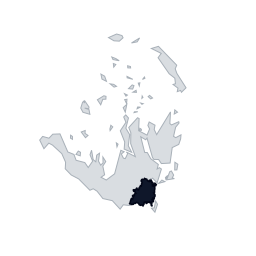 location of Ipeiroy, Ipeiros, Greece, rotated 230°
{"feature_id": "26713481B784345685192", "entity_name": "Ipeiroy", "entity_type": "district", "adm_level": 2, "iso_a3": "GRC", "parent_name": "Greece", "parent_adm1": "Ipeiros", "projection": "robinson", "projection_center": [20.637, 39.661], "detail": "fine", "context": "in_parent", "style": "filled", "palette": "ink", "viewbox_px": 256, "rotation_deg": 230, "n_neighbors": 0, "source": "geoboundaries", "source_scale": "gbopen_adm2", "svg_char_len": 8123}
<svg xmlns="http://www.w3.org/2000/svg" viewBox="0 0 256 256"><g transform="rotate(230 128 128)"><path d="M166.2,50.3L175.5,52.6L176.4,57.2L171.0,60.9L171.6,66.4L167.2,72.1L148.3,66.5L142.5,69.6L136.6,67.5L129.3,72.7L123.3,72.1L125.3,79.6L131.9,81.7L134.4,85.8L126.2,81.0L122.8,81.6L127.3,86.6L127.0,90.0L121.6,84.1L117.1,83.2L117.3,86.5L121.9,90.1L116.6,89.4L115.0,84.2L107.2,80.0L107.6,75.7L102.1,77.9L101.5,88.3L115.5,108.2L112.3,109.8L112.4,106.2L107.9,105.1L106.3,106.2L107.2,108.3L108.7,111.5L110.7,111.3L101.3,115.2L114.3,120.0L122.5,127.1L127.9,128.9L129.7,141.9L128.1,142.6L119.1,134.4L110.3,138.0L113.4,143.9L117.2,144.9L119.0,148.1L112.8,150.5L110.0,147.1L104.5,145.7L113.0,170.9L104.5,162.9L102.4,163.3L100.2,170.9L99.0,170.3L98.0,165.0L92.3,157.5L89.9,158.4L88.7,164.2L85.8,161.3L82.8,156.3L84.6,149.3L74.1,137.7L79.3,130.7L84.2,131.2L87.3,127.6L89.7,127.8L108.1,136.1L107.6,134.0L113.1,132.1L98.6,125.1L96.7,127.0L89.9,125.7L80.6,127.8L77.9,124.0L77.4,126.6L75.1,127.2L67.3,115.1L73.8,114.6L73.9,111.5L67.5,112.0L58.5,104.7L52.8,95.9L57.5,96.6L60.0,93.7L58.7,89.6L65.2,86.5L68.0,79.0L72.2,75.0L70.9,69.8L82.4,69.3L90.1,63.4L99.5,63.7L103.8,62.3L104.8,58.8L120.7,57.5L128.5,54.3L137.1,53.7L141.9,58.2L150.9,60.8L163.4,59.2L167.3,57.6L166.2,50.3ZM126.4,191.9L132.4,190.5L131.4,192.8L136.1,195.9L143.1,194.4L162.5,196.2L163.8,201.4L173.9,197.0L171.0,203.8L144.8,205.7L143.0,202.2L138.3,200.5L121.5,198.3L121.0,191.9L123.0,192.4L124.2,189.1L126.4,191.9ZM114.3,111.5L119.4,116.5L130.8,120.3L133.7,130.1L139.2,131.8L139.5,134.7L135.4,134.8L129.2,126.2L121.8,125.0L114.2,116.8L107.0,115.2L114.3,111.5ZM173.6,104.6L176.9,109.7L177.0,111.5L175.2,110.5L176.4,112.3L169.1,111.6L168.0,110.3L171.1,107.6L167.3,110.0L163.0,107.6L169.0,103.6L173.6,104.6ZM202.7,182.8L200.3,182.2L200.1,177.2L203.8,173.3L209.8,171.2L207.3,179.7L202.7,182.8ZM168.2,130.2L166.4,131.5L164.3,129.6L166.2,127.1L163.3,122.0L169.3,122.7L168.2,130.2ZM63.4,124.3L67.7,131.9L67.2,133.6L62.6,132.7L61.3,129.8L59.4,131.0L63.4,124.3ZM54.3,102.2L50.6,101.6L46.2,94.5L51.4,94.4L49.9,96.8L54.3,102.2ZM155.0,89.6L153.6,93.6L151.5,91.6L148.0,92.6L147.9,89.2L155.0,89.6ZM182.2,139.5L186.7,141.9L182.7,143.4L177.6,141.5L182.2,139.5ZM142.3,75.1L139.9,76.0L137.4,73.5L141.2,71.2L142.3,75.1ZM65.8,136.8L71.6,141.9L68.2,142.9L64.5,138.5L65.8,136.8ZM158.3,158.9L156.6,159.8L154.8,156.6L157.8,153.7L158.3,158.9ZM146.7,137.4L146.9,142.3L141.9,136.1L146.7,137.4ZM190.9,185.3L189.5,194.8L188.1,190.4L190.9,185.3ZM66.3,120.5L63.2,121.8L65.9,115.8L66.3,120.5ZM111.8,175.5L108.3,176.1L109.0,172.4L111.8,175.5ZM185.2,164.5L190.1,160.5L192.8,161.2L189.0,163.3L185.2,164.5ZM167.3,146.0L168.3,143.6L173.3,142.7L170.6,145.1L167.3,146.0ZM152.3,154.8L151.7,158.4L149.9,157.4L152.3,154.8ZM151.9,143.7L150.7,145.7L147.6,142.6L151.9,143.7ZM141.1,116.6L138.6,117.0L137.5,112.6L138.9,113.5L141.1,116.6ZM159.4,79.4L157.3,80.0L155.0,78.2L157.2,77.4L159.4,79.4ZM139.1,163.6L139.1,165.5L135.2,166.1L135.7,164.1L139.1,163.6ZM168.2,160.4L162.2,163.0L167.0,159.6L168.2,160.4ZM136.3,143.3L134.2,146.0L135.9,142.5L136.3,143.3ZM156.5,147.4L153.6,148.7L153.7,146.9L156.5,147.4ZM175.9,167.7L173.5,169.4L172.3,168.6L174.2,166.5L175.9,167.7ZM186.8,158.2L184.5,159.5L183.8,156.2L186.8,158.2ZM137.9,148.8L136.0,151.0L136.9,147.3L137.9,148.8ZM66.0,124.8L66.2,127.9L64.5,124.1L66.0,124.8ZM155.8,164.7L155.0,166.1L153.0,163.7L155.8,164.7ZM124.1,109.5L122.0,110.0L120.6,107.4L124.1,109.5ZM120.1,136.9L118.5,137.4L117.6,136.8L118.8,135.4L120.1,136.9ZM138.9,153.8L136.9,155.2L137.2,153.9L138.9,153.8ZM155.9,170.3L156.5,173.4L155.2,172.9L155.9,170.3ZM143.4,159.4L141.8,159.1L141.8,157.7L143.4,159.4Z" fill="#d9dde1" stroke="#a8b0b8" stroke-width="1"/><path d="M67.4,81.2L67.2,81.4L67.1,81.6L67.2,81.8L67.0,82.0L66.7,82.1L66.6,82.4L66.2,82.8L66.1,83.1L66.2,83.3L66.4,83.4L66.4,83.9L66.4,84.1L66.1,84.6L65.8,84.7L65.6,84.9L65.5,85.4L65.9,85.7L65.7,86.0L65.5,86.3L65.6,86.7L65.5,87.0L65.1,87.1L64.5,87.2L64.2,87.5L63.6,87.7L63.1,87.7L62.4,87.3L62.2,87.7L61.7,87.7L61.3,87.5L60.8,87.8L60.5,88.1L60.6,88.3L60.5,88.6L60.3,88.8L60.3,89.0L60.2,89.3L59.9,89.4L58.7,89.4L58.8,89.7L59.1,90.1L59.3,90.4L59.2,90.9L59.6,91.2L59.8,91.6L60.1,91.7L60.0,91.9L60.1,92.2L60.7,92.8L60.6,93.0L60.6,93.4L60.5,93.7L60.0,94.1L59.9,94.1L59.4,93.7L58.6,93.4L58.3,93.7L58.6,94.2L58.5,94.4L58.3,94.5L58.6,95.1L58.9,95.3L58.7,95.5L58.5,95.8L58.1,95.8L58.0,96.0L57.8,96.2L57.8,96.7L57.4,96.5L57.2,96.4L57.1,96.5L56.9,96.9L57.1,97.2L57.1,97.3L56.5,97.3L55.6,97.1L55.2,97.1L54.6,96.7L54.3,96.5L54.1,96.3L53.5,96.3L53.4,96.1L53.0,96.3L53.1,96.5L53.3,96.6L53.9,96.5L54.0,96.7L54.4,96.8L54.7,96.9L54.7,97.1L54.7,96.9L54.7,97.2L54.8,97.0L55.5,97.4L55.9,97.5L56.2,97.8L56.3,97.9L56.3,98.2L56.0,98.6L55.8,98.6L56.1,98.9L55.9,99.3L55.6,99.5L55.4,100.0L55.7,100.0L55.8,100.0L55.6,100.0L56.0,99.8L56.2,100.0L56.2,99.9L56.2,100.0L56.5,100.1L56.0,100.2L56.1,100.4L56.3,100.2L56.9,100.3L57.2,100.2L57.7,100.4L57.8,100.7L57.6,101.1L57.1,100.8L56.8,100.9L57.5,101.5L58.0,101.8L57.0,102.0L56.8,101.9L57.0,102.2L57.2,102.7L57.2,102.9L57.7,103.1L58.1,103.4L58.0,103.8L58.1,104.0L58.2,104.5L58.5,104.9L59.1,105.4L59.2,105.6L59.4,105.7L60.0,105.7L60.9,105.9L61.0,105.7L61.3,105.9L61.5,106.0L61.6,105.8L61.8,105.8L61.7,106.2L61.8,106.5L61.7,106.7L61.8,107.2L62.8,107.8L64.0,109.3L64.8,110.0L65.0,110.0L66.0,110.9L66.2,111.3L66.3,111.7L66.2,112.1L66.0,112.3L66.5,113.3L67.1,113.3L67.0,113.1L67.1,112.9L67.1,112.6L67.0,112.8L67.6,112.8L67.8,113.0L68.3,113.2L68.5,113.1L68.4,112.9L68.1,112.8L67.9,112.6L67.5,112.3L66.8,112.0L66.7,111.9L67.0,111.7L67.2,111.3L67.4,111.2L67.7,110.8L68.0,110.8L68.3,111.0L68.2,110.8L67.9,110.7L67.6,110.8L67.7,110.5L67.9,110.4L67.3,110.3L67.7,110.1L67.6,109.9L67.4,109.9L67.5,109.8L67.8,110.0L67.9,109.9L67.8,109.7L67.7,109.8L67.6,109.7L67.7,109.8L67.8,109.7L68.0,109.8L67.8,109.6L67.7,109.7L67.8,109.5L68.0,109.5L68.3,109.7L68.6,110.0L68.5,110.3L68.3,110.4L68.1,110.4L68.3,110.5L68.6,110.4L68.7,110.6L69.1,110.7L68.9,111.1L69.0,111.2L69.0,111.3L69.3,111.4L69.1,111.2L69.2,110.9L69.4,110.8L69.6,110.8L69.5,110.5L70.3,110.8L70.7,110.6L70.5,110.8L70.4,111.0L70.6,111.5L71.0,111.3L71.2,111.6L71.3,111.8L72.1,112.0L72.4,112.1L72.7,112.1L72.3,111.8L72.6,111.9L72.9,112.0L72.9,111.9L72.5,111.7L72.8,111.4L72.7,111.3L72.9,111.3L73.1,111.6L73.0,111.1L73.6,111.0L73.4,111.1L73.7,111.1L73.5,110.8L73.5,110.7L73.3,110.3L73.7,110.2L73.4,109.9L73.9,109.5L73.9,109.4L74.1,109.3L74.4,109.4L74.7,109.2L75.0,109.3L75.1,109.1L75.3,109.1L75.5,109.3L75.8,109.2L76.1,109.2L76.8,109.5L77.1,109.3L77.2,109.1L77.8,108.8L77.7,108.5L78.7,108.2L78.5,107.9L78.3,107.8L78.4,107.7L78.3,107.3L78.5,107.0L78.6,106.8L78.8,106.7L79.1,106.5L79.1,106.3L79.4,106.2L79.7,105.6L79.7,105.4L79.4,105.2L79.5,104.9L79.4,104.6L79.2,104.6L79.1,104.4L79.1,104.2L78.7,103.9L77.8,104.0L77.6,103.9L77.6,104.0L77.4,104.0L77.4,103.9L77.2,103.8L77.2,103.7L76.8,103.5L76.7,103.4L76.9,103.1L76.8,102.8L76.7,102.7L76.4,102.4L76.2,102.2L75.9,102.1L75.4,101.5L75.3,101.3L75.7,101.1L75.7,100.7L75.3,100.8L75.0,100.7L75.2,100.3L75.5,100.2L75.4,100.1L75.5,99.9L75.3,99.4L75.3,98.9L75.1,98.3L75.1,98.2L74.5,98.0L74.5,97.8L74.4,97.7L74.5,97.5L74.5,97.2L74.3,97.2L73.9,96.8L73.9,96.5L73.9,96.4L74.3,96.4L74.4,96.1L74.6,96.1L74.7,95.7L74.8,95.7L75.1,95.8L75.3,95.7L75.6,95.9L75.9,95.9L75.9,96.1L76.1,96.2L76.3,96.1L76.4,95.9L76.3,95.5L76.0,95.3L75.9,95.3L76.0,94.8L75.9,94.5L75.9,94.2L75.9,93.7L76.1,93.7L76.3,93.6L76.3,93.4L76.5,93.2L76.6,92.9L76.6,92.6L76.8,92.5L77.1,92.6L77.2,92.4L76.8,92.0L76.5,92.0L76.4,91.9L76.1,91.8L76.0,91.7L75.7,91.8L75.3,92.0L75.0,92.0L74.7,92.4L74.4,92.3L74.1,92.3L73.5,92.0L73.4,92.0L73.5,91.9L73.4,91.6L73.3,91.4L73.2,90.9L73.2,90.7L73.1,90.3L72.8,90.1L72.6,89.9L72.5,89.6L72.1,89.4L72.3,89.1L72.7,89.4L72.9,89.2L73.2,88.8L73.1,88.7L73.1,88.4L73.2,87.9L73.0,87.7L72.6,87.6L72.2,87.8L71.8,87.9L71.4,87.3L71.4,87.0L71.4,86.9L71.1,86.6L71.1,86.4L70.8,86.1L71.0,86.1L71.2,85.9L71.7,85.7L71.7,85.4L71.6,84.8L71.3,84.8L71.4,84.6L71.4,84.4L71.3,84.2L71.0,84.1L70.8,83.4L70.5,83.2L70.4,82.9L70.1,82.4L69.7,82.0L69.3,81.6L69.3,81.0L69.1,80.6L68.9,80.6L68.9,80.8L68.7,80.9L68.7,81.4L68.2,81.5L67.7,81.4L67.4,81.2Z" fill="#0f172a" stroke="#020617" stroke-width="1.5"/></g></svg>